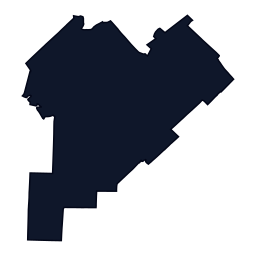 outline of Valea Argovei, Calarasi, Romania
{"feature_id": "2599482B75738828080552", "entity_name": "Valea Argovei", "entity_type": "district", "adm_level": 2, "iso_a3": "ROU", "parent_name": "Romania", "parent_adm1": "Calarasi", "projection": "robinson", "projection_center": [26.781, 44.353], "detail": "fine", "context": "isolated", "style": "filled", "palette": "ink", "viewbox_px": 256, "rotation_deg": 0, "n_neighbors": 0, "source": "geoboundaries", "source_scale": "gbopen_adm2", "svg_char_len": 3809}
<svg xmlns="http://www.w3.org/2000/svg" viewBox="0 0 256 256"><path d="M50.1,240.4L61.3,240.6L61.6,233.8L61.9,228.5L62.5,219.8L63.2,209.1L64.0,207.4L78.7,207.5L83.3,207.6L85.1,207.5L90.4,207.6L96.0,207.6L96.1,205.8L96.1,204.3L96.1,203.9L96.4,195.5L96.5,193.7L96.6,191.5L96.6,191.3L96.6,191.1L116.5,191.2L116.5,189.3L116.6,187.1L116.7,185.6L116.8,185.2L117.1,183.7L128.0,173.4L133.0,168.8L138.4,163.1L139.3,162.8L139.7,162.5L140.3,161.5L140.5,161.0L140.8,160.6L141.0,160.4L141.4,160.5L141.7,161.3L142.0,161.4L142.4,161.3L142.9,161.2L143.5,160.8L144.2,160.2L144.8,159.8L145.3,159.6L145.6,159.6L145.8,159.7L145.8,160.0L145.7,160.6L145.6,161.1L145.8,161.8L146.3,162.4L147.1,163.2L148.4,164.1L149.4,163.2L150.4,162.4L150.9,162.0L152.6,160.4L154.9,158.4L157.0,156.5L161.3,152.5L164.1,149.9L164.5,149.8L165.0,149.2L167.3,147.0L168.4,146.0L169.6,144.8L169.7,144.7L169.8,144.6L170.1,144.3L170.7,143.7L171.2,143.3L171.8,142.8L173.1,141.6L174.8,140.1L175.6,139.4L177.0,138.1L178.5,136.7L170.7,129.3L175.6,124.9L177.2,123.4L179.7,121.1L181.1,119.8L182.7,118.4L187.0,114.3L189.7,111.9L190.8,110.9L192.3,109.6L192.9,109.0L196.4,105.8L196.7,105.5L197.7,104.6L198.3,104.0L199.0,103.4L200.1,102.3L202.1,100.1L203.1,100.4L204.3,101.2L207.6,104.6L211.3,100.9L215.0,97.0L217.1,95.1L217.0,94.9L218.4,93.5L220.3,91.7L220.7,92.0L220.9,92.0L221.0,92.0L223.6,89.4L232.9,79.9L233.6,79.2L233.3,78.9L233.1,78.7L232.3,77.7L231.5,76.8L230.0,75.2L229.1,74.2L228.7,73.7L228.3,73.2L227.2,72.0L224.8,69.4L224.0,68.4L223.0,67.0L222.0,65.6L221.1,64.3L220.5,63.3L219.0,61.3L218.6,60.7L218.0,59.4L217.4,58.7L217.2,58.4L217.3,58.2L217.7,57.7L218.3,57.2L218.7,56.6L219.2,55.9L219.2,55.6L217.0,53.4L215.9,52.3L213.9,50.5L202.5,40.1L200.8,38.4L199.5,37.2L187.4,25.8L190.3,22.0L190.8,21.5L191.1,21.2L192.5,20.3L187.4,15.4L167.1,31.0L165.0,32.7L164.9,32.6L160.4,28.8L160.1,28.5L159.9,28.4L159.5,28.4L157.9,29.4L155.5,32.1L154.5,34.0L154.2,35.0L153.7,36.5L155.8,38.6L151.9,41.4L147.0,44.8L151.3,48.7L149.1,52.9L147.5,55.9L145.8,54.6L145.5,54.0L144.3,53.9L143.3,54.1L139.9,52.8L138.6,52.2L135.3,48.9L132.1,45.5L130.9,44.2L124.6,36.9L122.6,34.8L120.7,32.7L119.8,31.6L118.8,30.4L117.8,29.0L112.1,22.6L110.5,20.9L109.5,21.4L108.6,21.9L107.7,22.3L107.0,22.4L106.2,22.5L105.8,22.5L105.2,22.5L104.3,22.5L103.2,22.8L102.6,21.8L99.9,23.3L96.5,25.0L94.7,26.3L93.9,26.9L92.8,28.2L92.3,28.8L90.9,29.6L87.9,29.8L86.4,29.7L85.3,29.8L83.8,29.8L82.3,29.4L81.8,29.0L81.4,28.7L81.4,28.3L81.8,27.7L82.2,27.2L83.0,26.0L83.6,24.5L83.7,23.8L83.5,23.0L83.4,22.5L83.4,21.6L83.4,18.5L83.1,17.4L82.9,16.8L80.6,16.0L78.5,16.7L75.0,16.1L73.6,15.8L73.8,17.9L73.9,18.2L73.3,18.7L72.6,19.4L68.5,23.2L66.7,24.9L66.7,25.0L65.0,26.6L61.4,30.0L59.6,31.8L59.0,32.4L57.7,33.6L54.8,36.2L49.6,41.0L46.4,43.9L43.3,46.9L43.0,47.1L31.8,57.7L25.9,63.4L30.6,70.2L30.7,70.4L30.7,70.6L30.6,71.4L30.1,71.3L27.8,80.1L24.8,91.5L24.2,93.5L24.0,93.9L23.9,94.0L23.2,95.0L22.4,95.9L24.1,96.8L25.7,97.4L26.2,97.5L26.6,97.5L26.8,97.4L27.8,96.1L29.7,95.4L30.4,95.4L31.1,95.7L31.1,96.4L28.6,98.7L28.3,98.8L28.1,99.1L27.9,99.4L28.0,99.8L28.3,100.3L29.0,101.1L30.0,102.0L30.2,102.5L30.2,103.1L30.0,104.3L30.0,104.5L36.0,105.9L36.7,105.5L37.1,104.9L37.0,104.1L37.3,103.8L37.9,104.0L38.3,104.3L38.9,104.9L40.2,106.3L41.1,106.6L41.2,106.9L41.1,107.0L40.7,107.1L40.1,107.2L39.5,107.3L38.7,107.2L37.8,107.2L37.4,107.3L36.9,107.5L36.7,107.9L36.7,108.2L37.3,109.6L37.5,110.0L38.6,111.3L39.8,113.1L41.0,115.2L42.8,118.3L43.7,118.9L45.0,116.8L45.7,116.6L47.0,116.6L48.6,116.5L49.9,116.3L51.2,115.9L53.1,115.2L54.8,116.8L54.1,121.5L54.0,125.5L53.9,134.2L53.8,137.7L53.6,144.7L53.3,153.8L52.9,165.7L52.6,173.5L30.1,173.0L29.9,179.0L29.6,185.0L29.4,189.2L29.2,192.6L29.1,197.8L28.9,201.8L28.6,205.9L28.6,206.5L28.4,209.5L28.3,216.0L27.7,239.8L34.9,240.0L50.1,240.4Z" fill="#0f172a" stroke="#020617" stroke-width="1.5"/></svg>